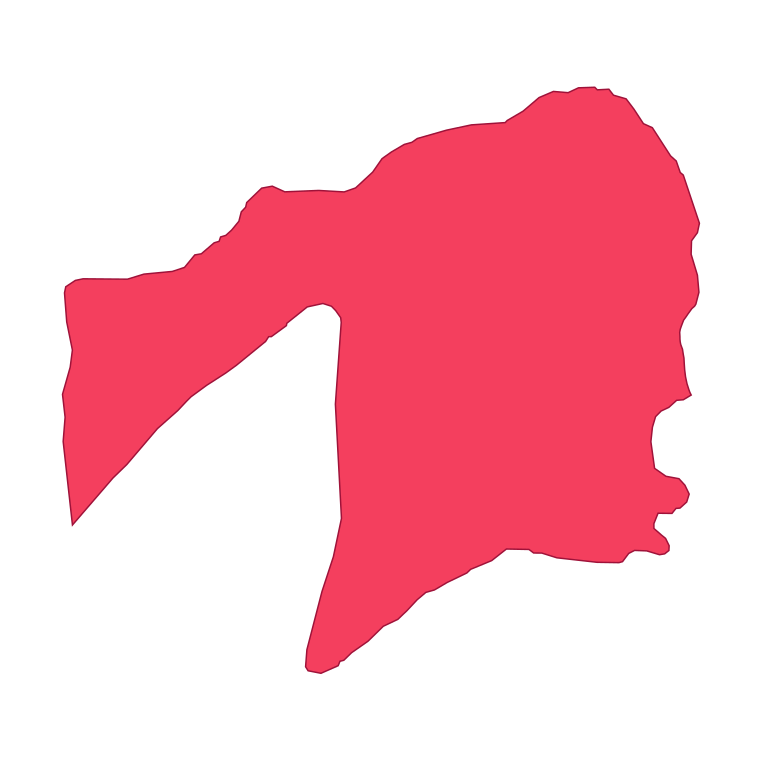 Usumatlán, Zacapa, Guatemala, rotated 267°
{"feature_id": "79465075B70422154839704", "entity_name": "Usumatlán", "entity_type": "district", "adm_level": 2, "iso_a3": "GTM", "parent_name": "Guatemala", "parent_adm1": "Zacapa", "projection": "robinson", "projection_center": [-89.805, 15.005], "detail": "fine", "context": "isolated", "style": "filled", "palette": "rose", "viewbox_px": 768, "rotation_deg": 267, "n_neighbors": 0, "source": "geoboundaries", "source_scale": "gbopen_adm2", "svg_char_len": 2223}
<svg xmlns="http://www.w3.org/2000/svg" viewBox="0 0 768 768"><g transform="rotate(267 384 384)"><path d="M645.5,647.9L656.1,640.7L660.4,628.3L666.6,624.0L666.6,612.4L669.3,610.0L669.6,593.7L665.3,583.1L667.3,568.5L661.9,553.8L649.2,537.2L640.7,520.8L638.7,518.7L638.2,484.8L634.2,459.6L627.4,430.1L623.9,424.5L622.2,416.8L615.3,403.5L609.2,393.9L596.2,383.8L581.3,365.9L577.9,354.3L580.7,328.9L581.1,295.0L587.4,282.8L586.0,272.1L572.4,256.4L567.8,255.1L563.4,250.5L554.1,247.6L545.6,239.8L540.7,233.8L539.4,228.5L535.1,226.8L533.9,221.8L523.6,208.4L522.8,201.8L510.9,190.9L507.5,178.5L506.3,150.0L502.1,133.2L504.8,89.0L503.6,81.2L497.8,71.3L491.7,69.7L462.6,70.4L434.2,74.6L417.2,71.5L390.5,62.4L367.5,63.8L343.4,60.6L259.5,65.5L304.3,108.4L317.1,123.0L351.3,155.4L368.2,176.6L377.1,185.9L381.4,190.7L391.9,206.7L403.3,226.6L410.5,237.7L432.7,268.0L437.3,271.3L437.2,274.0L447.4,289.6L449.7,290.1L465.0,311.4L467.6,327.2L464.4,335.6L459.8,339.6L452.5,344.2L447.7,344.5L366.4,334.4L252.0,334.5L214.1,324.4L180.0,311.2L122.7,293.1L105.7,290.9L101.6,293.2L98.4,305.9L105.1,323.5L109.4,325.5L110.2,329.4L117.4,337.6L128.0,354.6L142.1,370.6L148.3,385.6L153.0,391.0L156.3,394.9L166.8,405.8L173.7,414.9L175.7,423.6L182.5,436.7L191.0,456.9L194.4,460.8L202.0,482.3L212.8,497.6L211.2,520.1L207.4,524.6L206.9,532.7L201.4,547.5L194.8,587.4L193.3,609.3L194.1,612.9L202.0,619.5L204.7,625.5L203.6,637.6L199.1,650.2L199.7,655.4L202.8,659.8L207.6,660.3L215.1,657.1L218.6,653.2L225.6,646.0L230.4,646.2L240.6,650.9L239.7,664.8L244.5,669.1L244.6,673.1L250.3,680.1L258.1,683.0L267.2,679.2L274.0,673.6L277.1,660.7L285.6,649.8L312.4,647.5L326.8,649.8L337.2,653.5L342.5,659.3L345.8,667.3L352.4,675.4L352.6,682.1L356.9,690.2L359.7,689.0L362.3,688.2L364.6,687.6L368.4,686.6L375.4,685.5L382.4,685.0L389.0,684.9L394.2,684.9L398.1,684.4L403.1,683.9L407.9,682.4L410.7,682.0L413.3,681.9L415.7,682.0L417.9,682.0L420.2,682.0L423.1,682.7L426.1,683.9L430.2,685.7L432.2,686.6L434.6,688.6L437.9,691.1L443.2,695.4L445.4,698.2L447.4,699.6L459.1,703.3L476.2,702.7L497.5,697.5L510.9,698.6L518.7,704.9L528.0,707.4L577.0,693.8L579.7,690.9L591.4,687.5L596.8,682.1L625.9,665.4L630.4,656.7L645.5,647.9Z" fill="#f43f5e" stroke="#9f1239" stroke-width="1.5"/></g></svg>